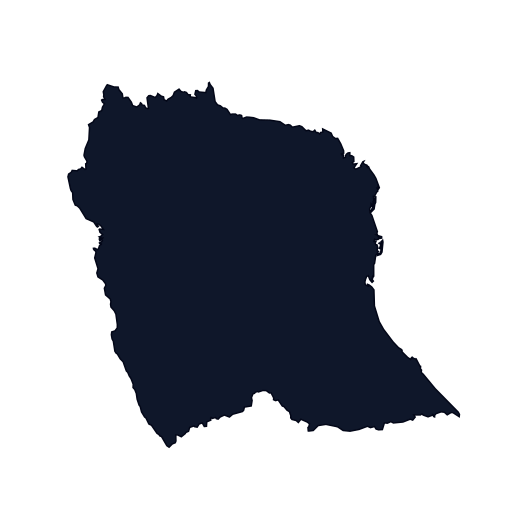 Belo Sur Tsiribihina, Menabe, Madagascar (Natural Earth projection), rotated 169°
{"feature_id": "10022922B50417492685621", "entity_name": "Belo Sur Tsiribihina", "entity_type": "district", "adm_level": 2, "iso_a3": "MDG", "parent_name": "Madagascar", "parent_adm1": "Menabe", "projection": "natural_earth1", "projection_center": [44.851, -19.66], "detail": "fine", "context": "isolated", "style": "filled", "palette": "ink", "viewbox_px": 512, "rotation_deg": 169, "n_neighbors": 0, "source": "geoboundaries", "source_scale": "gbopen_adm2", "svg_char_len": 6092}
<svg xmlns="http://www.w3.org/2000/svg" viewBox="0 0 512 512"><g transform="rotate(169 256 256)"><path d="M87.2,59.5L86.5,61.7L87.3,64.2L105.4,91.5L114.5,108.2L115.4,109.1L115.9,110.8L115.3,112.4L116.1,113.8L115.5,116.3L116.2,116.8L118.4,124.3L119.0,124.0L119.5,124.9L120.6,125.1L122.0,126.9L122.8,126.5L122.6,125.5L123.6,125.6L124.0,125.0L126.5,127.5L130.2,133.0L131.0,134.5L130.6,135.5L131.0,136.4L133.7,138.9L137.9,145.6L144.8,159.7L147.6,168.1L149.3,184.4L146.7,200.2L148.3,203.5L150.4,205.9L151.9,206.9L152.1,206.1L150.9,204.5L153.7,206.4L154.2,207.4L154.1,209.7L152.9,212.3L151.3,214.8L149.5,215.3L148.8,211.1L147.8,209.2L147.1,208.0L145.6,209.0L146.8,211.2L145.9,211.5L145.8,213.2L145.2,213.9L144.8,213.2L144.3,213.7L142.1,225.1L141.0,226.2L138.3,233.9L134.9,237.1L136.1,238.0L134.9,242.1L135.2,244.0L136.3,244.1L136.5,245.9L135.5,247.4L137.5,247.8L136.4,249.8L135.2,249.0L132.9,249.0L132.0,250.5L132.4,252.6L134.0,253.9L132.8,253.9L133.1,255.4L132.2,256.7L134.5,273.6L135.9,276.9L135.5,280.6L133.5,283.3L133.0,285.4L132.1,284.1L132.7,282.6L132.4,282.4L130.8,285.7L130.8,286.9L129.8,288.1L129.4,292.2L128.2,292.1L125.3,295.8L124.2,296.3L123.8,297.9L124.4,299.6L122.9,299.7L123.0,302.1L122.6,298.8L121.9,299.5L123.5,309.3L124.8,313.1L127.9,319.7L128.5,322.3L129.7,322.3L129.6,324.4L130.0,322.9L130.4,324.4L132.0,325.3L133.2,327.2L132.2,328.3L133.1,328.1L136.0,324.8L135.5,323.7L141.6,322.1L143.0,323.9L139.5,327.4L143.0,327.6L143.7,329.3L141.9,330.1L141.2,334.5L142.9,336.2L144.7,336.6L144.2,339.5L146.0,339.6L147.8,338.7L149.1,337.3L149.2,335.8L151.5,335.5L151.0,338.6L152.6,339.0L152.7,340.0L150.3,340.2L149.9,342.6L151.4,349.9L153.4,355.9L155.7,356.2L158.0,358.7L158.8,362.3L166.3,368.0L166.7,364.9L169.0,364.9L170.1,363.6L171.8,365.4L173.3,365.6L174.3,368.3L176.2,367.1L178.6,368.0L180.4,369.5L183.0,369.4L186.3,374.2L188.5,375.6L195.7,375.5L197.4,377.9L199.1,378.8L202.3,378.7L206.9,383.3L216.5,386.7L226.5,388.9L232.0,392.2L236.1,393.5L238.8,394.2L242.7,393.5L243.4,394.4L243.3,396.5L243.9,397.1L245.6,397.7L247.1,397.3L249.0,399.2L252.5,399.9L254.0,399.5L256.5,405.5L258.3,407.1L260.1,407.5L262.3,410.2L264.9,411.7L266.7,415.4L266.2,428.9L268.3,433.1L268.7,435.2L269.6,434.8L270.3,431.5L273.0,428.5L274.1,426.0L280.5,427.8L281.9,429.6L283.6,429.8L285.1,426.4L284.1,424.7L283.9,422.6L284.3,422.2L285.1,423.0L289.8,424.6L290.2,425.4L289.7,426.7L291.9,427.3L293.1,429.8L294.8,430.8L296.2,430.6L298.3,431.9L299.7,434.5L304.8,432.4L306.7,429.3L309.0,427.8L312.4,426.7L314.1,425.2L316.4,426.9L316.4,429.9L318.4,430.9L321.4,434.2L322.5,432.4L324.7,430.8L329.1,433.7L330.7,433.8L332.8,432.1L333.4,421.4L334.6,421.5L336.0,422.4L336.8,425.1L339.0,425.9L339.3,427.5L340.2,428.4L341.4,426.5L344.6,425.0L348.4,427.2L349.0,430.8L351.4,436.1L353.5,436.6L355.5,436.1L356.5,436.8L356.3,440.7L358.9,445.6L359.1,448.1L363.1,449.0L369.3,452.5L370.2,451.7L374.6,446.4L374.6,443.4L375.2,441.5L374.3,438.5L377.1,438.9L377.8,438.5L377.3,436.3L375.7,434.3L378.3,431.4L379.7,428.2L382.8,427.4L384.7,422.1L388.5,420.8L390.3,418.7L395.3,416.9L394.9,413.9L397.9,401.9L403.1,394.1L405.6,387.8L405.5,386.2L403.8,381.3L404.5,379.3L405.6,379.0L406.3,373.9L407.4,373.6L409.9,376.3L411.5,374.9L413.8,374.8L415.2,373.7L420.1,375.1L421.4,373.4L424.3,372.2L425.5,369.6L425.3,357.8L425.0,355.5L423.9,353.2L424.9,346.4L423.7,340.4L421.9,339.4L419.9,336.6L415.6,325.1L408.8,320.4L406.7,315.3L406.0,314.7L405.0,315.3L406.1,316.7L406.0,317.8L404.5,317.4L402.4,315.1L400.7,311.2L404.3,312.3L404.9,312.0L404.6,309.0L402.4,306.4L404.7,304.9L406.3,304.7L405.4,303.6L402.9,303.0L403.4,302.4L406.1,303.0L406.6,302.6L406.4,300.9L404.7,301.4L403.8,300.5L404.1,299.8L407.2,298.7L407.0,298.1L405.5,297.5L405.6,296.9L407.6,296.1L409.1,293.4L410.3,292.4L412.7,294.4L414.1,294.6L414.2,294.0L413.6,292.5L412.6,291.5L412.4,290.0L414.7,284.9L413.5,273.6L415.5,269.7L415.1,265.6L411.0,261.7L409.0,257.5L409.0,255.8L411.0,253.3L411.1,246.5L407.3,241.6L407.1,238.8L408.0,236.4L408.1,233.5L405.6,229.3L404.6,225.7L405.2,215.2L405.9,211.9L408.7,209.4L412.1,209.0L413.0,206.3L413.1,202.1L412.3,199.6L412.7,189.5L411.9,187.4L410.8,186.3L408.9,181.0L406.6,177.5L405.2,167.9L404.1,166.3L403.3,162.4L402.1,159.6L401.0,153.6L401.8,150.3L400.5,148.1L399.7,143.9L400.0,138.1L399.2,131.9L398.4,130.4L398.1,124.8L396.1,119.3L394.9,117.9L393.2,111.5L390.9,109.8L387.0,100.8L385.3,99.2L384.8,97.8L383.2,96.8L379.7,86.8L377.8,84.9L374.0,87.5L370.9,88.1L369.9,89.7L368.9,95.6L367.2,95.4L363.8,92.8L359.3,95.2L358.5,96.2L355.7,96.8L353.8,100.4L349.3,101.0L348.9,100.2L346.4,99.2L343.9,101.9L340.6,102.4L339.3,98.5L337.1,98.3L336.0,102.6L331.7,103.5L331.5,105.6L330.9,106.1L329.9,104.9L326.5,105.2L326.0,103.9L324.3,103.1L321.9,104.8L317.4,105.9L312.8,103.0L309.1,105.1L299.0,105.9L297.6,106.9L296.2,109.9L289.3,109.7L287.4,114.9L287.5,117.8L285.3,121.3L283.6,121.5L282.8,122.4L280.4,122.7L279.5,122.1L275.0,122.7L271.6,121.9L269.0,119.0L267.3,118.8L265.7,113.3L266.2,111.6L264.4,110.3L261.7,110.5L258.8,103.7L257.3,102.9L254.9,98.6L252.9,96.9L252.3,92.6L252.8,90.5L251.9,88.7L247.9,86.8L246.2,84.5L243.1,87.2L237.5,83.3L235.5,81.1L236.8,78.2L237.7,77.8L238.1,74.3L237.6,74.1L233.1,73.8L227.3,77.7L219.5,77.4L209.9,73.4L208.3,72.6L203.8,68.1L199.8,66.9L197.1,66.1L188.0,66.1L179.1,67.6L176.4,65.7L172.2,66.0L171.2,63.3L168.9,62.0L165.1,61.5L161.8,67.7L158.9,66.8L155.2,67.7L153.0,65.9L143.4,65.0L135.8,66.4L133.5,65.0L130.5,67.5L131.5,69.9L124.9,68.6L123.2,69.4L122.3,68.0L117.8,65.3L112.9,66.1L112.8,66.7L112.2,66.4L112.3,64.6L111.4,64.0L111.0,65.6L109.4,66.9L104.1,67.7L100.9,66.7L98.6,63.6L94.5,65.1L92.6,64.7L87.2,59.5ZM134.2,278.9L134.4,277.3L131.1,279.6L129.5,284.1L128.3,285.8L127.1,291.2L127.6,291.3L130.2,286.2L131.0,283.0L134.2,278.9ZM136.6,233.4L133.4,233.8L131.6,235.8L128.7,245.5L128.7,247.3L130.2,246.3L129.8,246.1L130.6,242.2L132.9,236.0L134.3,234.7L135.7,235.0L136.6,233.4ZM131.9,249.6L129.2,249.6L129.0,251.0L132.0,252.5L131.5,250.9L131.9,249.6ZM133.7,240.2L132.9,239.6L132.2,240.5L131.0,242.6L130.8,245.3L132.1,244.6L132.5,245.3L132.9,244.9L131.2,243.6L133.0,240.3L133.7,240.2Z" fill="#0f172a" stroke="#020617" stroke-width="1.5"/></g></svg>